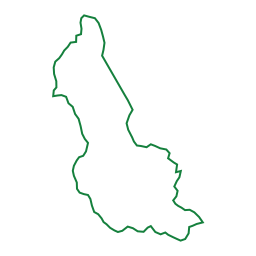 São Domingos, Sergipe, Brazil
{"feature_id": "56859067B88491630275121", "entity_name": "São Domingos", "entity_type": "district", "adm_level": 2, "iso_a3": "BRA", "parent_name": "Brazil", "parent_adm1": "Sergipe", "projection": "equal_earth", "projection_center": [-37.572, -10.77], "detail": "fine", "context": "isolated", "style": "outline", "palette": "green", "viewbox_px": 256, "rotation_deg": 0, "n_neighbors": 0, "source": "geoboundaries", "source_scale": "gbopen_adm2", "svg_char_len": 1425}
<svg xmlns="http://www.w3.org/2000/svg" viewBox="0 0 256 256"><path d="M94.9,18.2L89.2,16.8L84.1,15.4L81.3,18.2L80.5,22.7L81.5,28.7L81.0,34.2L76.3,35.7L76.1,41.9L70.6,42.6L67.8,46.8L64.2,50.5L62.0,54.3L59.2,58.2L55.3,61.6L53.7,67.4L54.1,74.0L56.3,81.2L56.4,87.4L53.8,90.4L53.2,96.2L57.5,95.5L61.5,95.1L66.1,96.8L68.5,103.3L72.7,106.8L75.1,114.0L78.6,118.8L80.6,126.1L82.2,133.8L84.8,138.9L88.0,142.9L86.0,151.4L83.2,155.8L79.1,157.2L76.7,160.5L73.9,165.8L72.8,170.8L73.9,175.8L76.8,182.5L77.0,188.8L79.6,192.6L83.8,194.1L88.0,195.0L90.4,199.0L91.9,205.5L94.2,212.0L98.2,214.2L101.6,218.4L103.6,222.1L106.5,224.2L110.1,227.8L114.4,230.4L117.9,232.0L122.3,230.8L127.7,226.6L132.9,228.2L137.7,231.3L143.6,231.8L147.7,227.6L150.8,226.1L155.3,232.0L160.6,234.3L165.3,232.5L168.2,234.8L173.1,237.2L177.0,239.0L180.6,240.6L185.2,239.0L188.6,233.4L189.2,227.0L192.6,225.8L196.6,224.0L202.8,222.4L199.1,217.0L194.3,212.3L189.7,209.8L185.0,210.1L181.4,207.6L178.2,205.9L175.4,203.8L173.2,200.4L176.4,196.3L177.6,190.8L174.3,186.5L176.8,181.1L179.4,177.3L180.8,171.0L176.0,172.2L177.1,164.5L173.8,162.5L168.1,158.3L169.6,153.2L166.3,149.5L160.2,148.3L155.0,145.9L150.8,144.3L146.6,147.2L140.9,146.0L136.9,145.5L133.9,141.5L132.2,137.5L128.2,129.7L126.6,123.3L129.4,115.3L132.6,109.8L127.8,100.2L124.6,94.8L102.1,55.7L103.5,49.8L104.5,42.8L103.1,36.9L101.2,29.9L98.6,23.0L94.9,18.2Z" fill="none" stroke="#15803d" stroke-width="2"/></svg>